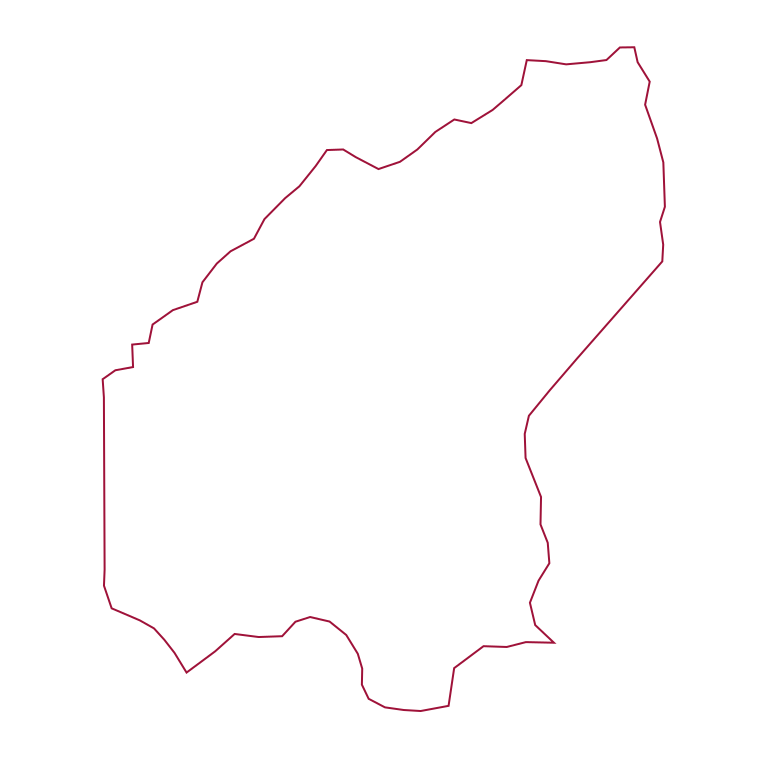 outline of Santa Gertrudes, São Paulo, Brazil, rotated 358°
{"feature_id": "56859067B68796233337898", "entity_name": "Santa Gertrudes", "entity_type": "district", "adm_level": 2, "iso_a3": "BRA", "parent_name": "Brazil", "parent_adm1": "São Paulo", "projection": "orthographic", "projection_center": [-47.518, -22.474], "detail": "fine", "context": "isolated", "style": "outline", "palette": "rose", "viewbox_px": 768, "rotation_deg": 358, "n_neighbors": 0, "source": "geoboundaries", "source_scale": "gbopen_adm2", "svg_char_len": 1197}
<svg xmlns="http://www.w3.org/2000/svg" viewBox="0 0 768 768"><g transform="rotate(358 384 384)"><path d="M645.9,56.2L631.5,55.9L617.6,68.0L601.3,69.6L577.2,70.9L557.0,67.0L538.0,65.3L531.7,90.1L513.9,104.5L502.1,113.9L480.4,126.3L463.5,122.1L444.2,133.8L425.5,150.8L407.7,162.5L386.0,169.0L363.7,156.3L351.4,148.2L335.1,148.2L323.3,163.8L306.4,183.4L291.7,194.8L270.3,215.0L259.1,234.3L235.3,246.0L221.1,257.8L206.1,276.0L200.3,295.3L175.6,302.8L154.8,316.5L150.3,334.8L133.7,335.8L133.8,358.3L116.0,360.9L103.0,369.4L103.6,387.6L98.3,559.8L97.1,575.8L104.0,598.7L131.7,611.7L145.6,620.2L155.5,631.9L165.2,645.3L176.6,665.5L205.9,645.3L226.0,628.6L249.9,632.5L273.4,632.5L287.2,618.5L302.0,614.3L321.3,619.5L337.5,633.5L348.4,652.7L352.3,667.7L351.4,683.7L357.7,698.1L373.7,707.2L392.4,710.5L409.2,712.1L437.3,707.9L444.2,670.4L474.3,649.5L497.5,651.1L516.8,646.9L544.8,648.5L526.7,630.2L522.2,607.7L531.6,585.9L543.0,568.9L542.1,548.4L535.5,529.8L537.0,502.4L522.9,462.9L522.9,438.8L527.7,420.8L549.4,396.1L578.0,365.1L666.4,271.2L667.9,254.5L665.5,231.7L670.9,216.7L670.9,172.3L665.5,148.2L654.7,114.0L660.1,91.1L648.7,71.2L645.9,56.2Z" fill="none" stroke="#9f1239" stroke-width="2"/></g></svg>